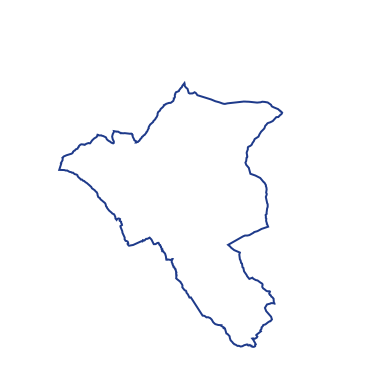 Zetea, Harghita, Romania, rotated 298°
{"feature_id": "2599482B1529970343685", "entity_name": "Zetea", "entity_type": "district", "adm_level": 2, "iso_a3": "ROU", "parent_name": "Romania", "parent_adm1": "Harghita", "projection": "mercator", "projection_center": [25.451, 46.47], "detail": "fine", "context": "isolated", "style": "outline", "palette": "blue", "viewbox_px": 384, "rotation_deg": 298, "n_neighbors": 0, "source": "geoboundaries", "source_scale": "gbopen_adm2", "svg_char_len": 6010}
<svg xmlns="http://www.w3.org/2000/svg" viewBox="0 0 384 384"><g transform="rotate(298 192 192)"><path d="M130.2,313.5L131.0,314.0L132.0,316.0L132.2,317.2L132.4,317.1L132.9,316.1L136.1,314.1L136.8,312.3L136.9,311.1L137.8,309.9L137.7,309.0L138.6,307.8L140.6,307.6L140.8,307.1L139.7,305.1L139.7,303.5L140.1,302.0L140.3,300.1L141.0,298.8L141.9,298.2L143.1,298.0L144.0,297.1L144.2,294.6L144.7,291.4L144.2,289.8L144.2,287.1L144.3,286.5L144.7,285.6L142.2,283.4L143.5,280.3L144.5,278.9L146.4,275.2L149.1,273.0L149.2,272.0L152.3,269.7L152.4,268.7L154.5,266.9L154.9,266.0L159.0,263.1L161.0,262.7L160.5,256.5L161.2,252.6L161.8,251.2L162.3,248.7L176.8,257.9L178.4,259.2L179.6,261.4L180.9,262.9L185.0,265.5L185.8,265.7L188.2,268.2L192.0,270.7L197.1,275.5L198.9,273.4L198.9,273.1L199.5,272.8L201.3,271.0L203.5,270.0L203.7,269.4L205.3,268.6L206.2,267.8L207.8,268.2L208.4,267.7L212.6,266.1L214.4,265.8L216.3,264.8L216.9,264.4L217.2,263.8L222.3,259.5L224.6,259.2L225.4,258.9L226.2,257.8L229.3,256.7L231.0,255.5L231.8,254.5L232.7,254.1L234.2,251.7L234.4,251.2L234.3,250.8L236.4,245.7L236.3,240.2L235.5,235.0L240.0,230.8L241.4,227.2L243.0,225.4L244.8,225.3L247.8,224.1L248.3,224.4L249.1,224.3L249.6,223.7L250.1,223.6L251.9,222.1L252.7,221.7L255.8,221.3L257.3,220.5L257.9,220.4L258.3,220.5L260.2,221.9L261.7,222.5L263.9,222.4L265.8,222.7L268.2,222.5L272.1,224.7L274.6,224.5L277.6,224.7L281.2,225.8L282.3,226.0L285.0,225.6L286.7,226.2L287.6,226.2L288.6,226.7L290.2,228.3L292.6,230.0L297.7,231.3L298.7,233.0L301.6,233.8L302.6,234.4L304.3,234.4L304.7,233.5L304.9,232.9L304.6,232.4L305.2,231.4L305.1,230.8L305.6,229.3L305.1,224.1L305.1,222.2L306.1,220.8L306.6,216.8L305.6,213.8L304.7,211.7L303.4,210.4L301.5,207.5L298.5,200.1L296.2,195.3L287.0,181.8L285.3,179.8L284.9,179.0L284.5,177.5L284.0,173.9L283.1,170.0L282.7,165.5L280.0,151.3L281.1,149.2L281.3,147.5L279.4,146.3L277.9,143.8L277.9,142.6L281.0,139.6L281.4,137.6L282.4,135.5L283.4,135.2L284.6,134.2L281.3,133.6L279.7,133.8L278.9,133.4L276.1,132.9L274.9,133.0L272.5,131.0L270.9,131.0L270.5,131.3L269.5,131.3L267.9,132.3L266.4,132.3L266.1,132.0L265.7,132.4L263.6,132.7L261.0,131.5L260.3,130.8L260.0,130.0L257.6,127.7L256.7,127.5L256.4,127.0L255.5,126.4L255.1,126.7L253.3,126.4L250.7,125.4L248.6,125.4L246.7,124.6L245.1,124.8L243.6,125.5L241.2,125.6L239.9,125.3L239.0,125.4L236.3,124.6L235.6,124.8L231.9,123.4L229.4,123.3L228.6,123.4L228.0,123.9L226.4,123.8L224.3,124.0L223.3,123.6L222.8,123.8L220.0,123.3L219.3,122.7L218.0,122.5L217.3,122.0L215.5,122.0L214.9,121.6L212.4,121.4L211.8,120.9L210.7,120.7L210.0,119.7L209.5,119.6L209.3,119.2L209.9,119.2L210.7,118.4L210.5,117.7L210.6,116.8L211.2,116.3L213.0,113.7L214.4,112.8L214.3,112.5L215.1,111.8L215.0,110.8L214.4,110.1L212.4,105.0L211.6,103.8L210.9,102.2L210.5,101.7L210.7,101.3L210.5,101.1L210.6,98.4L210.2,97.7L210.1,97.2L209.7,96.8L209.5,95.7L209.1,94.5L208.8,94.8L205.7,94.9L203.4,95.5L201.3,97.3L200.0,99.2L198.6,99.9L197.9,99.5L198.0,99.0L197.7,98.0L197.8,96.9L198.1,95.9L198.0,95.3L198.1,93.9L198.5,92.1L199.8,90.4L199.8,89.1L199.7,87.2L199.3,85.6L199.4,85.4L198.2,83.1L198.4,82.5L198.2,81.7L196.5,82.0L195.7,81.9L193.4,80.5L190.7,79.6L187.2,79.2L186.9,78.7L186.6,77.6L184.9,76.0L183.7,75.4L183.3,74.5L183.1,74.6L182.4,72.3L181.5,71.3L179.5,70.6L178.3,70.8L177.9,70.5L176.5,70.6L175.0,69.3L173.7,69.1L173.1,68.6L171.8,68.1L170.9,68.3L169.4,67.8L165.6,64.0L163.2,62.1L162.4,61.8L161.9,61.9L161.3,61.6L161.1,62.0L159.2,62.8L156.1,62.7L156.1,62.9L155.8,63.2L149.2,64.4L151.4,68.9L151.7,70.5L152.4,71.7L152.3,74.3L152.8,76.2L152.7,77.0L153.2,77.9L152.7,79.9L153.2,82.0L153.0,83.0L152.4,83.5L151.8,84.6L151.1,87.5L150.8,87.9L151.3,88.9L150.8,90.7L151.1,91.5L150.6,93.5L150.6,94.7L149.6,99.0L149.3,99.9L149.3,100.5L148.3,101.9L147.9,105.2L147.2,106.9L147.1,107.9L146.1,109.3L144.8,110.2L143.5,111.7L143.3,113.7L142.8,114.2L142.5,115.1L141.4,120.3L140.8,121.3L138.9,123.0L138.8,123.7L138.0,124.6L136.7,127.5L136.0,130.7L135.6,131.7L135.7,133.8L134.0,136.0L132.6,136.9L132.5,137.3L132.0,138.5L132.9,138.5L134.1,139.5L134.4,140.6L134.3,141.2L132.8,141.5L132.6,141.8L132.5,143.3L131.5,143.9L131.1,144.7L130.0,145.7L128.3,144.8L127.7,145.2L124.7,148.8L123.4,149.7L120.2,153.9L118.6,154.7L117.7,156.3L118.0,157.3L118.0,158.5L116.8,159.8L115.9,159.5L115.1,160.9L115.0,161.6L117.6,164.9L124.9,170.5L125.0,171.4L125.4,171.6L126.4,171.3L126.9,172.8L129.1,173.5L129.8,174.7L131.8,176.0L131.0,178.5L128.0,182.7L128.9,184.3L130.8,185.4L131.4,186.3L130.1,188.1L130.2,188.6L129.8,188.7L129.3,190.2L128.5,190.6L127.7,192.3L127.3,192.3L127.4,192.8L125.9,193.2L125.7,193.6L126.2,194.4L125.7,195.2L125.0,197.1L123.0,199.1L120.2,201.1L120.5,201.9L121.0,202.1L122.1,205.3L123.6,206.0L123.7,206.3L121.9,206.3L120.3,207.2L119.5,208.6L118.9,208.8L118.5,209.5L118.1,209.7L117.8,210.6L117.2,210.8L117.2,211.7L116.7,212.0L116.4,213.2L116.0,213.3L115.9,213.9L115.5,214.0L114.5,215.2L114.1,215.3L113.9,215.7L113.5,216.1L112.9,216.0L111.5,217.3L111.2,217.1L110.8,217.6L110.3,217.6L109.9,218.0L108.4,218.5L108.1,219.3L107.2,224.1L106.8,224.4L106.2,225.8L105.1,227.4L103.3,228.2L101.9,231.4L101.8,232.0L102.0,232.7L101.7,233.5L100.5,234.4L99.7,236.4L97.6,239.3L97.9,240.0L98.4,240.5L87.8,259.4L88.4,260.8L88.4,262.1L88.1,263.6L89.0,265.0L89.2,267.3L88.6,269.3L87.0,271.8L86.4,273.9L86.3,274.7L86.9,277.6L88.1,280.3L87.6,280.3L87.3,283.9L86.6,284.0L86.9,285.2L83.2,288.8L83.3,290.0L82.3,292.9L80.8,294.0L79.2,295.7L78.3,298.4L77.8,299.3L77.7,300.3L77.4,300.8L77.7,302.2L77.5,303.5L77.6,304.8L78.2,305.5L78.4,307.5L79.5,308.9L81.2,310.0L83.2,312.1L83.1,312.4L83.3,312.8L83.0,313.0L82.9,313.7L83.4,314.5L84.1,314.9L83.8,315.8L84.2,316.7L83.6,317.1L83.9,318.6L84.4,319.4L85.4,320.1L85.8,320.1L86.7,319.5L87.5,319.8L90.2,315.6L90.9,314.0L91.5,314.7L91.5,315.2L91.9,316.3L93.7,317.5L95.0,317.6L95.8,315.9L96.1,315.9L101.4,318.3L101.9,317.3L103.9,317.6L105.1,317.0L106.8,317.5L108.0,317.4L109.6,319.0L112.6,320.3L114.5,321.4L114.7,321.9L117.0,322.4L119.0,320.4L121.6,313.5L123.9,310.8L127.9,311.0L130.2,313.5Z" fill="none" stroke="#1e3a8a" stroke-width="2"/></g></svg>